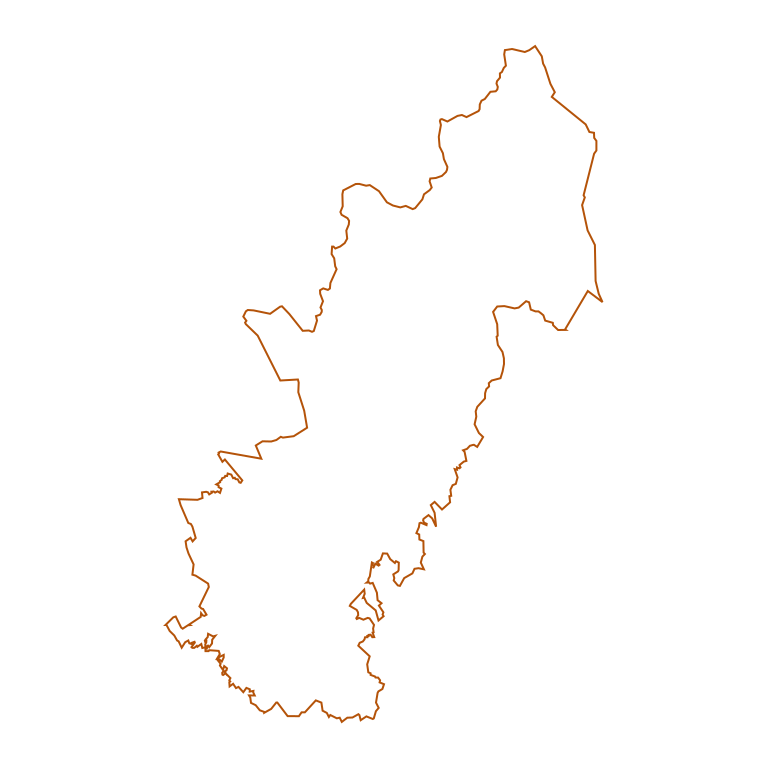 Jalpan de Serra, Querétaro, Mexico
{"feature_id": "50627088B24192997994058", "entity_name": "Jalpan de Serra", "entity_type": "district", "adm_level": 2, "iso_a3": "MEX", "parent_name": "Mexico", "parent_adm1": "Querétaro", "projection": "robinson", "projection_center": [-99.37, 21.384], "detail": "fine", "context": "isolated", "style": "outline", "palette": "amber", "viewbox_px": 768, "rotation_deg": 0, "n_neighbors": 0, "source": "geoboundaries", "source_scale": "gbopen_adm2", "svg_char_len": 6103}
<svg xmlns="http://www.w3.org/2000/svg" viewBox="0 0 768 768"><path d="M384.0,684.2L379.6,682.4L380.1,680.3L378.1,677.6L375.5,677.5L375.0,676.5L370.6,674.9L370.6,673.3L368.3,672.3L367.2,664.3L369.7,656.3L358.3,645.7L359.7,642.8L362.8,641.5L364.5,639.4L365.0,637.3L367.4,637.2L367.3,636.0L368.6,636.0L368.6,634.9L370.6,634.7L372.3,637.2L374.2,637.1L372.6,632.6L373.6,632.3L373.1,628.6L374.0,624.9L369.6,618.4L367.7,617.9L363.4,619.7L359.2,617.9L356.8,619.0L356.3,618.2L358.2,615.2L358.0,612.3L356.7,609.9L349.8,605.9L350.8,603.9L364.2,589.6L364.7,593.8L363.0,597.9L364.2,597.6L366.7,602.9L375.7,610.4L378.5,620.5L383.6,616.2L382.6,614.6L383.4,612.3L378.9,605.6L381.5,603.2L377.6,600.2L376.9,592.7L372.7,582.9L370.1,583.6L369.1,582.5L366.7,582.6L368.2,581.4L368.4,578.9L369.8,576.5L371.9,562.5L373.0,563.1L372.1,564.0L373.8,565.8L373.1,568.3L375.4,563.7L378.6,565.6L379.5,564.9L377.4,562.0L376.2,562.5L380.7,559.7L382.9,553.4L387.2,553.6L390.2,559.1L394.9,563.0L396.0,561.2L398.8,562.6L398.6,570.1L398.0,571.4L393.3,574.4L394.3,578.1L393.7,580.5L397.8,585.4L399.9,585.9L404.2,578.1L412.4,573.4L414.5,568.8L418.5,568.2L423.9,569.3L420.8,562.6L422.4,556.6L424.9,554.0L423.6,552.6L423.4,541.1L419.4,539.5L419.2,534.5L416.4,533.1L418.9,527.2L419.5,523.2L420.8,522.7L426.5,525.1L426.7,523.8L424.1,522.7L423.1,520.3L423.5,518.9L428.5,515.1L432.2,518.4L436.1,526.7L434.6,512.8L430.8,505.1L434.6,501.9L442.0,509.5L450.1,502.3L449.4,496.2L451.2,495.8L450.4,489.8L452.6,485.2L455.8,483.9L457.6,477.4L454.7,469.1L457.1,469.7L457.0,467.5L459.5,468.3L460.5,467.4L459.5,465.1L463.8,461.6L466.4,460.9L464.6,451.9L463.1,450.3L467.0,448.9L469.9,445.8L472.7,445.0L473.9,444.8L477.2,446.9L483.1,437.0L478.9,433.0L474.6,424.3L476.3,416.7L475.7,411.3L477.3,406.8L485.0,398.4L485.1,393.2L486.3,389.1L489.1,386.4L488.8,383.2L491.7,380.5L500.5,378.2L502.6,371.4L504.0,364.0L503.9,358.3L502.5,352.0L497.9,345.0L496.6,336.7L497.7,335.7L497.2,324.2L493.1,311.9L497.2,306.5L504.4,306.1L514.6,308.4L518.7,307.6L526.1,301.2L529.1,302.3L530.8,309.6L535.5,311.4L538.5,311.4L540.9,313.2L543.4,315.3L545.2,320.6L552.8,322.8L553.1,325.2L558.1,330.0L565.8,329.9L565.1,329.4L587.8,291.0L602.5,302.1L598.7,293.7L595.6,281.0L594.9,245.0L587.6,230.4L582.1,205.1L584.8,197.4L583.6,195.3L594.1,153.7L596.4,150.5L596.4,140.9L594.2,137.9L594.0,132.8L589.4,132.0L585.7,124.4L551.8,96.9L554.8,92.2L550.4,83.8L545.1,67.4L543.1,63.6L541.8,56.3L535.1,46.1L529.2,50.2L524.8,52.0L512.0,49.0L504.9,50.1L504.2,54.4L505.9,65.7L503.8,67.9L501.9,72.0L499.9,73.4L500.0,77.6L497.0,81.2L496.5,83.6L497.8,86.9L497.3,89.5L495.7,91.3L490.4,91.8L484.8,99.0L481.5,100.7L479.8,104.4L479.6,109.2L478.6,111.0L466.5,117.1L461.9,115.0L457.5,115.9L447.4,121.5L441.9,119.1L440.5,119.5L439.9,121.0L440.9,125.0L438.8,136.8L439.6,146.6L442.9,153.2L443.9,159.1L447.4,166.9L447.0,169.8L446.0,172.0L441.9,175.9L435.8,178.0L430.3,178.5L429.6,181.3L431.7,187.5L429.7,190.1L424.0,194.3L422.4,199.3L415.2,208.1L412.7,209.1L405.8,205.9L400.3,207.4L392.9,205.5L386.9,202.3L379.0,191.2L369.8,185.1L366.1,185.7L359.2,183.9L355.7,184.0L343.2,190.4L342.4,194.2L342.7,206.3L340.4,212.0L341.6,214.8L347.5,218.2L349.1,220.9L348.8,224.5L346.3,230.6L347.2,238.6L344.7,243.1L340.2,246.5L335.3,248.5L333.5,246.6L332.1,246.6L331.6,254.1L334.2,258.3L335.2,266.3L336.6,269.2L330.4,283.0L329.9,288.5L327.9,289.9L323.2,288.4L320.0,290.3L320.2,293.8L323.0,301.2L320.5,307.5L321.8,310.0L321.7,311.9L320.1,314.7L316.0,316.1L317.0,320.6L313.8,331.0L312.0,331.8L308.9,330.5L302.7,330.8L289.4,314.1L282.0,306.3L280.1,306.7L270.1,313.8L253.6,310.4L247.8,310.0L245.9,311.3L243.3,316.6L246.4,320.8L245.1,322.6L245.8,324.1L257.7,335.6L280.3,380.5L297.9,379.5L298.7,382.6L298.3,392.2L304.2,410.7L307.1,427.7L293.7,436.2L282.9,437.6L280.8,436.8L276.4,440.0L271.2,441.5L262.5,441.3L255.8,445.5L261.3,458.7L220.7,451.5L218.6,452.6L219.0,453.6L218.2,454.4L222.4,461.8L224.9,459.5L242.3,480.4L240.7,482.8L239.3,482.4L237.7,479.3L235.5,479.1L234.8,477.8L233.1,478.2L231.3,474.6L227.7,473.5L227.1,476.0L225.2,475.9L224.7,477.3L222.0,478.3L221.7,479.8L219.9,481.2L220.1,482.2L216.3,484.4L218.6,485.5L218.6,487.2L221.4,488.6L220.0,492.9L217.5,491.3L215.1,492.6L213.7,491.5L211.5,491.7L211.9,492.7L209.2,494.4L207.9,492.3L206.2,491.8L202.0,492.4L202.5,498.0L197.5,499.8L178.9,499.2L180.6,505.1L188.3,523.0L190.9,524.0L192.4,526.6L195.7,538.0L192.6,541.4L190.5,537.8L185.6,541.3L186.5,547.4L188.5,553.5L193.6,564.4L192.4,574.7L195.6,575.6L208.1,583.6L208.8,587.0L199.4,606.4L201.5,608.6L203.1,609.0L206.5,614.7L204.4,615.9L202.6,615.3L201.1,613.2L200.7,616.9L189.0,624.6L189.9,625.1L187.9,625.3L182.7,628.7L181.1,627.5L175.7,616.5L173.3,617.3L165.5,625.0L166.5,625.0L169.7,631.0L174.3,635.5L177.1,640.5L178.6,641.3L181.7,647.7L185.2,642.2L188.3,640.5L189.3,643.3L192.3,644.2L191.7,642.8L194.5,641.8L194.8,642.6L191.5,647.1L192.4,647.9L194.2,647.9L196.8,645.8L197.4,646.8L201.3,644.0L202.3,648.0L205.6,647.2L205.2,644.7L206.4,641.9L206.0,641.1L205.3,642.2L204.9,640.7L206.2,640.0L205.6,639.4L207.7,637.1L208.1,633.8L213.1,636.4L215.3,635.8L212.2,639.7L212.0,643.5L209.2,647.2L208.0,645.6L206.1,646.7L207.0,647.7L206.8,648.7L205.4,648.8L205.5,651.1L208.6,651.1L209.2,650.2L218.7,650.9L219.8,654.1L217.5,657.9L223.7,654.9L223.7,657.5L221.8,661.6L219.2,659.3L217.4,659.8L220.6,663.8L219.9,665.5L223.0,670.0L224.2,666.1L227.0,668.3L226.5,670.3L225.3,670.8L225.5,673.1L224.3,671.6L223.0,671.8L222.2,672.8L222.4,674.6L223.1,675.0L225.6,673.3L230.4,678.1L229.3,680.3L230.2,681.5L229.3,682.2L229.6,686.4L233.1,683.8L236.0,688.1L238.5,686.9L243.3,692.2L246.4,687.9L249.8,689.3L249.7,691.6L253.4,690.9L253.2,692.3L254.7,695.5L249.0,695.4L250.3,697.6L251.0,702.9L255.7,705.2L259.8,710.3L264.2,711.9L264.2,712.8L271.2,708.9L276.3,702.5L277.3,702.5L287.6,716.1L298.9,716.2L301.6,712.3L304.9,712.3L315.8,700.4L321.4,702.6L322.6,710.7L326.8,712.9L328.9,717.0L330.3,715.0L336.8,718.3L339.7,717.7L341.8,721.9L347.3,717.7L352.5,717.5L358.4,714.2L359.4,715.1L360.7,720.2L366.4,716.4L372.8,719.0L373.8,718.4L375.9,711.2L378.7,707.9L376.0,702.6L377.6,692.9L378.4,691.4L382.4,689.0L384.0,684.2Z" fill="none" stroke="#b45309" stroke-width="2"/></svg>